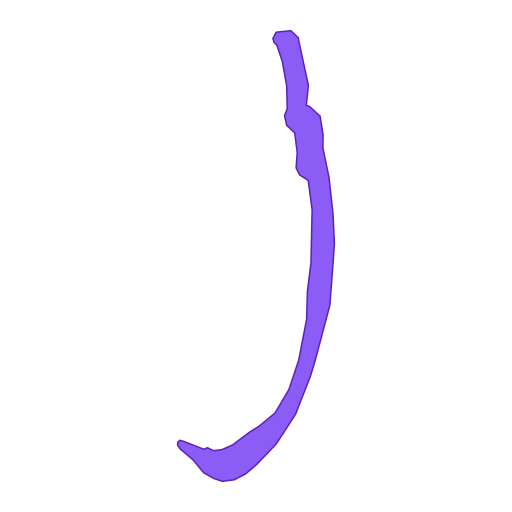 Ettal, Federated States of Micronesia
{"feature_id": "79324940B18829074085609", "entity_name": "Ettal", "entity_type": "district", "adm_level": 2, "iso_a3": "FSM", "parent_name": "Federated States of Micronesia", "parent_adm1": "", "projection": "equal_earth", "projection_center": [153.583, 5.578], "detail": "fine", "context": "isolated", "style": "filled", "palette": "violet", "viewbox_px": 512, "rotation_deg": 0, "n_neighbors": 0, "source": "geoboundaries", "source_scale": "gbopen_adm2", "svg_char_len": 831}
<svg xmlns="http://www.w3.org/2000/svg" viewBox="0 0 512 512"><path d="M250.0,431.8L232.6,444.9L221.8,449.7L213.3,450.6L207.5,447.7L203.7,449.2L183.8,441.4L179.8,440.3L177.7,442.3L177.6,445.3L180.2,449.0L193.0,459.8L203.6,472.7L213.6,478.4L222.3,481.3L234.3,479.8L245.9,473.7L256.5,464.6L276.3,443.9L295.5,414.3L310.4,376.3L315.1,360.8L329.9,305.1L333.1,262.8L334.4,243.6L333.0,213.8L329.0,177.3L325.0,158.1L322.9,147.8L323.1,134.9L320.1,116.2L309.4,106.4L306.3,105.5L308.4,85.5L298.1,37.6L290.8,30.7L276.2,32.2L272.9,38.4L274.0,42.3L276.9,45.3L282.3,61.4L286.7,86.0L287.2,108.9L284.5,115.6L286.7,125.4L294.7,132.9L297.2,152.5L296.1,167.9L299.7,175.0L308.2,180.4L312.1,209.6L311.0,262.6L307.4,291.4L306.6,319.3L298.7,360.2L288.9,389.6L275.0,413.0L258.8,426.4L250.0,431.8Z" fill="#8b5cf6" stroke="#5b21b6" stroke-width="1.5"/></svg>